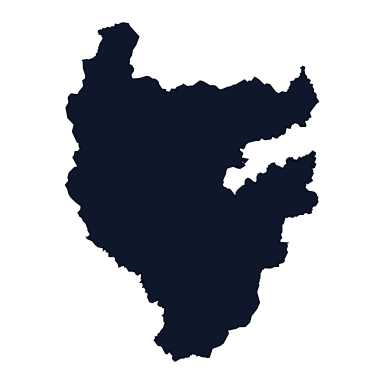 Sardinata, Norte de Santander, Colombia
{"feature_id": "7082276B13040058955326", "entity_name": "Sardinata", "entity_type": "district", "adm_level": 2, "iso_a3": "COL", "parent_name": "Colombia", "parent_adm1": "Norte de Santander", "projection": "mercator", "projection_center": [-72.77, 8.259], "detail": "fine", "context": "isolated", "style": "filled", "palette": "ink", "viewbox_px": 384, "rotation_deg": 0, "n_neighbors": 0, "source": "geoboundaries", "source_scale": "gbopen_adm2", "svg_char_len": 5930}
<svg xmlns="http://www.w3.org/2000/svg" viewBox="0 0 384 384"><path d="M86.7,237.3L87.5,238.5L92.6,240.7L95.9,245.0L97.5,245.4L97.5,246.4L103.6,247.8L103.5,250.0L104.9,248.8L106.2,249.6L106.3,251.2L107.1,251.2L107.3,252.0L108.1,251.4L109.7,253.3L109.0,254.1L109.1,256.3L111.9,256.5L113.3,255.8L114.5,256.7L116.0,258.2L115.6,260.2L118.3,263.5L119.0,266.8L120.8,266.0L121.6,264.8L122.3,265.4L124.4,265.1L124.8,266.8L126.3,266.7L129.1,271.0L132.8,271.0L135.0,271.8L136.4,274.2L137.7,274.9L140.3,273.0L141.2,273.2L141.9,275.5L141.3,278.8L143.7,279.8L141.8,280.7L140.6,282.3L143.7,282.2L142.9,283.5L143.6,285.3L142.9,287.0L144.9,287.2L145.5,288.9L146.4,289.2L145.7,291.9L147.1,292.0L148.5,293.8L147.8,297.3L149.9,301.8L152.9,302.5L153.5,301.4L155.9,300.9L157.0,299.6L159.4,301.4L158.2,303.3L158.3,305.0L160.6,306.3L162.4,305.5L162.7,307.4L165.0,308.0L164.4,314.4L162.6,315.5L164.0,316.8L164.2,321.5L166.0,323.0L165.0,323.9L163.4,329.0L162.3,329.4L160.1,332.8L160.1,334.0L158.4,333.9L158.3,335.4L156.7,337.0L155.4,337.1L155.9,338.4L154.4,340.2L158.2,345.3L161.0,345.6L162.4,346.8L165.7,353.2L166.9,353.7L169.3,351.2L173.6,356.3L172.7,357.4L172.9,359.0L175.1,361.0L180.8,357.8L183.8,357.9L185.3,356.7L187.2,357.1L189.0,356.4L190.5,353.6L191.3,354.4L191.8,353.3L196.3,354.4L197.1,355.7L199.6,354.9L200.7,356.0L203.4,356.7L205.1,356.3L206.4,357.2L209.2,357.1L212.0,348.2L219.4,345.6L223.1,343.0L228.1,333.7L228.0,332.3L226.3,330.2L236.0,328.2L239.1,326.5L245.1,326.3L249.5,322.0L251.0,315.9L256.8,308.3L259.3,302.5L256.4,291.9L258.7,285.0L257.9,283.5L259.0,281.0L258.7,279.4L259.7,278.4L259.8,273.5L261.4,270.4L260.8,269.4L263.2,269.0L263.4,268.2L264.9,267.5L269.7,267.9L272.4,267.3L273.2,266.4L278.4,266.2L278.3,263.5L282.8,262.3L284.2,260.7L283.8,259.2L287.2,252.3L285.9,249.3L287.2,245.9L286.3,243.7L287.2,243.1L281.3,242.7L279.8,242.3L279.4,241.2L280.0,239.3L281.5,237.9L280.2,234.5L281.7,232.0L281.6,224.9L283.1,223.3L285.1,216.4L287.0,217.3L288.9,216.2L293.0,217.1L294.4,215.6L296.6,216.1L298.8,214.4L303.1,214.2L304.4,212.5L306.7,212.4L308.9,213.5L311.2,212.7L310.8,210.3L312.0,209.6L311.2,208.7L311.8,207.4L313.4,205.8L315.4,205.5L317.8,201.7L317.1,199.8L317.6,197.1L316.3,196.2L316.2,194.5L314.1,192.4L307.9,191.2L304.5,187.3L305.6,185.5L304.8,182.4L305.5,182.1L307.6,183.5L312.2,180.5L310.5,178.1L313.1,173.3L311.5,172.3L312.7,171.1L311.6,169.0L311.8,166.9L312.9,167.8L314.3,167.4L315.5,164.1L313.6,162.6L314.8,160.2L313.7,159.7L313.8,158.8L314.9,159.3L315.5,158.7L315.2,157.8L313.8,157.8L313.6,156.8L312.9,156.8L314.5,155.6L315.2,153.8L315.1,152.6L313.6,152.3L313.5,151.0L313.3,151.9L312.4,151.3L312.0,152.9L311.1,152.9L309.4,154.7L309.8,155.3L306.3,155.4L305.9,156.5L303.1,157.0L302.2,158.6L300.1,157.8L299.8,158.3L299.3,157.6L297.4,160.5L294.8,160.2L294.3,160.9L293.9,160.2L293.4,160.9L292.2,157.8L290.8,158.2L290.6,159.6L289.6,157.8L287.4,158.9L286.4,160.8L287.4,164.4L285.6,164.9L284.4,166.2L284.1,167.7L282.5,168.5L277.4,166.0L275.9,166.0L274.2,163.1L271.3,163.8L270.8,165.0L268.9,165.6L268.6,168.3L267.2,168.3L267.7,170.8L265.9,173.6L264.9,173.4L263.7,174.4L260.2,173.3L259.7,174.3L258.3,174.2L257.2,177.0L257.3,180.9L256.3,182.9L253.7,182.6L249.9,179.3L247.8,178.5L246.2,179.6L245.5,180.7L245.0,185.6L242.9,186.0L238.3,189.9L236.6,192.3L235.6,197.3L230.3,190.1L228.9,189.2L227.2,189.4L225.3,187.7L223.4,187.4L221.8,184.5L223.1,182.4L222.4,180.1L225.2,174.0L225.9,169.6L227.2,167.9L233.2,166.0L237.5,167.8L238.3,166.3L238.9,168.0L239.9,168.3L244.6,165.4L243.7,164.0L240.9,162.4L241.1,161.1L242.8,160.9L244.7,162.7L247.7,159.4L241.6,158.2L241.2,155.8L242.4,154.5L242.4,153.2L239.0,150.4L239.6,147.9L240.9,147.6L243.1,148.6L244.3,147.4L245.5,144.1L248.5,142.0L256.1,140.2L258.9,140.3L261.7,137.4L264.7,139.5L270.7,138.8L272.2,135.8L275.8,137.7L277.4,137.7L278.2,136.0L280.0,135.5L280.9,133.9L283.1,134.3L284.8,133.0L285.9,127.7L287.1,127.3L290.0,128.2L291.3,124.6L295.1,122.5L298.3,123.3L300.5,126.3L305.4,126.3L305.7,124.9L304.4,121.9L304.6,120.4L307.7,119.8L308.5,117.5L310.7,116.8L309.1,112.7L315.9,103.5L318.4,101.6L315.9,97.8L315.9,94.3L313.2,92.1L313.3,89.2L311.8,87.0L312.2,84.7L309.2,84.1L308.9,82.6L310.0,80.6L308.8,79.5L307.0,79.5L306.2,76.4L304.6,74.5L303.8,70.4L304.5,67.3L302.8,66.6L300.9,68.0L302.6,69.4L301.7,70.9L302.5,72.0L300.5,74.0L301.1,75.8L299.6,76.8L299.5,78.1L295.6,78.9L294.3,81.3L291.0,81.7L291.2,84.7L289.4,87.8L289.7,89.3L288.2,89.9L287.8,92.0L285.5,92.8L282.1,91.9L278.8,94.2L275.2,92.1L269.6,84.6L266.4,84.1L264.8,85.8L258.4,79.8L254.8,77.5L251.5,81.8L249.1,81.2L247.5,83.0L244.6,80.1L235.9,85.1L233.5,85.4L231.3,86.8L228.0,87.4L221.3,90.1L218.7,89.7L216.3,87.0L214.2,85.9L209.9,86.0L203.2,82.0L200.1,81.1L193.3,86.1L187.1,86.8L183.4,84.4L181.9,85.7L177.0,87.6L175.6,89.7L171.7,89.3L170.0,92.4L167.5,92.2L165.0,91.3L165.4,89.8L161.5,89.3L160.2,86.8L159.3,86.6L159.5,85.7L158.7,85.1L158.0,81.9L155.1,79.4L152.3,79.3L148.8,76.9L146.3,76.7L139.8,78.7L133.4,79.2L131.7,78.7L130.6,74.6L133.1,71.1L133.5,68.9L131.4,65.6L128.7,64.7L129.3,61.3L128.9,59.2L131.3,55.2L132.2,49.8L135.6,44.8L138.7,36.7L129.6,26.7L128.2,23.8L123.2,23.0L120.3,23.7L118.7,25.1L115.4,24.4L114.8,27.3L112.1,26.9L109.9,28.4L107.7,27.6L104.8,29.2L103.1,28.7L102.8,30.4L100.5,30.1L98.6,30.9L98.5,31.9L99.5,31.8L99.1,34.0L101.5,34.2L103.5,38.6L99.8,44.7L100.1,45.7L98.9,47.5L99.3,49.7L98.3,50.0L98.4,52.8L96.6,54.0L96.8,55.8L92.6,58.9L88.3,60.3L86.9,59.7L82.7,60.4L83.4,61.5L83.6,68.2L86.0,75.7L85.6,79.0L83.0,80.6L84.0,86.3L79.6,91.7L78.0,94.9L71.1,94.1L68.8,96.8L68.4,98.4L69.2,102.6L66.2,107.6L68.1,117.8L74.5,124.5L72.6,131.6L77.3,141.9L79.3,142.8L79.3,146.1L80.4,149.0L77.9,151.7L75.2,151.8L74.4,155.8L73.1,157.3L77.8,166.0L76.7,167.7L74.7,167.6L69.4,172.9L68.2,177.2L69.1,180.9L65.6,185.0L67.9,188.9L69.0,193.5L70.8,196.7L75.6,201.5L81.3,205.8L81.0,209.9L78.3,212.7L79.9,216.1L82.1,217.5L83.5,220.6L86.1,223.2L88.1,228.4L88.2,230.3L90.8,234.9L88.1,237.1L86.7,237.3Z" fill="#0f172a" stroke="#020617" stroke-width="1.5"/></svg>